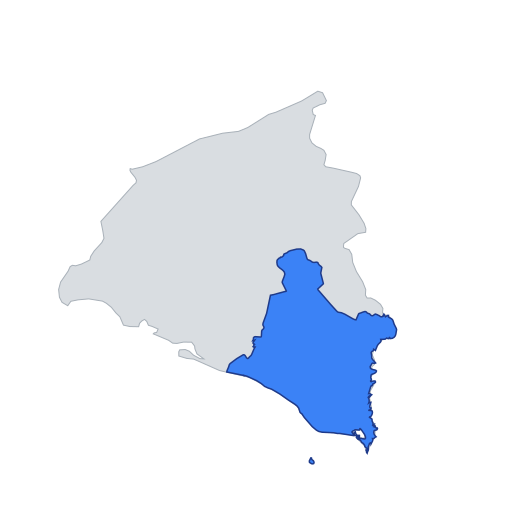 location of Atlántico Norte within Nicaragua, rotated 110°
{"feature_id": "NIC-657", "entity_name": "Atlántico Norte", "entity_type": "Autonomous Region", "adm_level": 1, "iso_a3": "NIC", "parent_name": "Nicaragua", "parent_adm1": "", "projection": "robinson", "projection_center": [-84.139, 14.031], "detail": "fine", "context": "in_parent", "style": "filled", "palette": "blue", "viewbox_px": 512, "rotation_deg": 110, "n_neighbors": 0, "source": "natural_earth", "source_scale": "10m", "svg_char_len": 7769}
<svg xmlns="http://www.w3.org/2000/svg" viewBox="0 0 512 512"><g transform="rotate(110 256 256)"><path d="M401.4,84.4L399.4,87.4L397.2,89.3L392.7,99.1L391.1,99.9L390.8,92.7L388.1,91.8L384.9,94.4L383.2,98.0L385.9,102.9L388.4,102.9L391.3,104.2L399.3,137.5L397.6,143.4L392.7,152.7L388.0,160.5L383.3,165.4L377.5,186.4L372.3,220.4L376.1,251.1L374.2,279.3L375.9,286.0L376.4,294.3L372.5,295.8L370.3,295.6L368.1,290.5L368.3,286.0L370.6,280.7L371.6,273.6L370.5,269.8L368.2,278.0L364.2,281.6L361.6,282.9L359.0,287.0L361.7,294.7L365.2,300.4L366.4,304.5L365.1,309.3L364.3,325.9L363.1,325.4L361.8,323.2L358.1,323.0L357.7,329.7L357.9,333.4L354.8,336.3L353.7,339.1L356.3,341.2L359.1,342.4L362.6,342.1L365.4,350.3L366.3,356.9L359.7,363.1L357.4,368.2L353.7,374.3L351.6,380.4L350.9,384.8L353.5,398.5L358.1,408.3L361.9,414.5L367.1,415.9L365.9,422.4L362.0,426.6L355.0,430.0L347.3,430.7L334.6,427.4L329.5,427.0L327.5,425.3L326.9,422.1L323.2,417.2L316.6,410.8L312.8,411.2L306.6,409.8L296.2,405.5L291.4,404.9L284.5,408.7L276.5,413.6L257.3,405.9L243.8,400.5L231.6,395.6L228.3,393.8L225.7,394.2L223.4,396.7L220.7,401.2L219.9,402.5L218.5,403.8L216.9,404.1L216.8,402.0L210.9,393.0L201.4,382.2L165.3,349.1L152.0,329.3L144.9,315.1L138.1,307.7L118.6,292.5L114.1,286.5L94.8,266.2L80.0,254.3L79.8,249.3L85.9,243.0L88.9,243.3L92.1,247.8L97.4,252.9L99.8,253.0L103.5,250.6L103.6,248.2L123.4,247.2L127.0,245.9L130.6,242.1L132.4,236.9L132.7,231.9L133.5,228.3L136.7,224.8L142.5,223.7L147.0,223.4L148.3,221.0L147.0,213.4L144.6,194.8L144.1,189.7L145.0,185.8L146.8,184.4L155.6,183.5L172.2,185.0L175.4,183.9L182.1,173.3L188.3,165.6L192.7,162.1L196.2,161.1L200.2,168.0L214.2,177.8L216.6,177.2L218.0,176.7L218.4,175.2L218.2,170.7L221.7,166.6L229.0,162.9L236.3,156.3L243.7,147.0L250.0,141.4L255.4,139.8L257.5,137.2L256.2,133.8L256.7,128.8L258.8,122.5L261.9,118.8L266.1,117.7L267.7,115.7L266.8,112.7L267.6,109.4L271.4,104.0L280.2,99.3L285.3,100.9L289.5,107.1L295.5,111.4L303.2,113.6L309.2,112.8L313.4,108.9L317.3,107.7L320.7,109.3L322.5,108.4L322.7,105.1L324.4,104.3L327.8,106.1L330.7,106.6L333.3,105.7L334.3,104.1L334.8,102.5L336.8,101.2L343.4,102.4L350.9,100.5L359.2,95.5L364.7,93.3L367.4,93.9L370.6,91.3L374.4,85.7L383.1,83.2L401.4,84.4Z" fill="#d9dde1" stroke="#a8b0b8" stroke-width="1"/><path d="M266.9,115.9L267.3,115.3L268.9,113.6L266.8,112.0L266.5,111.2L267.6,110.9L268.0,110.7L268.2,110.2L268.6,107.2L269.2,105.9L270.2,104.9L270.3,104.8L271.4,104.0L272.7,103.0L276.0,99.5L277.1,98.7L281.4,97.9L283.3,97.8L285.1,98.4L286.7,99.7L287.7,101.6L287.5,101.8L286.9,102.6L286.9,102.8L288.3,103.0L288.5,104.0L288.4,105.1L289.9,106.1L290.6,107.5L291.7,110.3L293.0,109.4L294.4,109.6L297.1,110.9L298.7,111.3L303.9,111.5L303.7,112.0L303.4,113.6L304.5,113.3L305.3,113.7L306.0,114.4L307.1,114.8L307.9,114.5L309.7,113.4L312.4,112.3L313.7,110.5L314.7,108.5L315.6,107.0L316.3,107.7L316.8,109.9L317.4,110.3L318.5,110.4L320.2,110.8L321.0,110.9L322.4,110.0L322.8,108.3L322.4,104.4L322.8,103.5L323.7,103.4L324.7,103.8L325.3,104.2L325.9,104.7L327.6,106.7L328.4,107.1L329.5,107.0L331.2,106.5L331.6,106.2L331.9,105.8L332.3,105.4L332.9,105.3L333.5,105.4L333.9,105.6L334.2,105.6L334.7,105.3L334.7,104.7L334.0,104.0L333.5,103.3L332.7,101.4L333.5,100.6L334.0,100.6L335.7,101.7L335.8,102.1L336.1,102.4L336.9,102.5L338.1,102.5L338.4,102.7L338.6,103.3L339.8,103.5L346.8,103.1L346.4,102.4L346.5,101.7L346.8,99.8L347.7,100.3L348.8,101.7L349.7,102.0L349.6,101.6L349.3,100.9L349.8,101.1L350.1,101.2L350.3,101.4L350.7,102.0L351.6,101.1L352.9,100.3L354.3,99.8L355.6,99.8L355.0,99.4L354.7,99.0L354.2,98.0L358.2,97.8L359.6,97.1L359.5,95.9L360.4,95.8L361.1,95.9L361.6,96.3L361.9,97.0L362.4,97.0L361.8,94.6L362.0,93.7L363.4,93.0L364.8,92.8L366.4,92.9L367.7,93.3L368.3,94.2L368.8,94.2L369.1,93.2L369.3,92.1L369.6,91.2L371.3,90.5L373.1,88.9L374.1,88.6L374.0,88.3L373.8,87.7L373.7,87.5L374.7,87.8L375.1,88.0L374.9,86.9L375.0,86.0L375.4,85.6L376.1,86.4L376.1,85.1L376.2,84.6L376.6,84.1L376.1,83.3L376.4,82.9L377.1,82.8L378.0,83.0L378.4,83.4L379.3,84.9L379.9,85.3L381.6,85.0L383.0,84.1L384.1,82.7L384.8,81.3L385.7,82.1L386.6,82.5L387.4,83.0L387.7,84.1L388.8,83.3L390.0,83.2L393.2,83.6L392.3,84.0L392.3,84.5L392.8,84.9L393.7,85.3L393.9,85.2L397.1,85.3L399.0,84.3L400.0,84.1L402.4,84.2L403.3,84.1L402.8,84.9L401.5,85.6L400.8,86.3L399.8,85.0L398.9,85.9L398.3,87.6L397.7,88.6L396.8,89.1L396.0,90.2L395.3,91.6L395.1,92.7L394.9,93.1L394.0,94.1L393.6,94.7L393.4,95.5L393.3,97.2L393.1,98.0L392.5,99.0L391.7,99.8L389.2,100.8L389.4,100.3L389.6,100.0L390.2,99.2L390.2,99.8L390.4,99.3L390.6,98.9L390.6,98.5L390.6,98.0L390.1,98.4L389.9,98.4L389.2,98.0L389.2,97.5L390.1,97.1L390.9,96.9L391.6,97.2L392.1,98.0L392.1,96.5L391.3,94.4L391.1,92.7L390.7,91.1L389.7,90.8L388.5,91.3L387.7,91.9L386.3,93.3L383.1,97.8L382.4,99.8L383.1,99.0L383.3,98.6L384.3,99.5L385.1,102.8L385.5,103.6L386.5,104.2L387.5,105.3L388.6,105.7L389.7,104.2L389.2,103.7L387.8,102.8L387.3,102.5L388.1,102.0L388.9,102.3L389.6,103.1L390.2,104.2L390.2,102.3L390.7,101.7L391.3,102.4L394.1,116.7L394.3,117.1L394.9,118.7L395.5,122.5L399.0,133.7L399.4,136.9L399.0,139.7L397.1,144.8L391.2,155.4L388.6,158.9L388.3,160.2L387.8,161.2L384.4,163.8L382.9,166.1L382.0,168.7L380.3,176.2L377.5,186.5L375.8,195.8L375.9,199.8L375.7,201.7L375.6,203.3L374.1,207.3L372.9,212.7L372.1,223.1L372.2,225.1L372.7,226.2L372.2,226.7L372.6,227.7L375.0,243.8L373.7,244.0L370.1,243.8L367.2,243.9L365.9,243.5L358.9,238.9L353.5,234.5L353.2,234.2L353.0,233.8L352.9,233.4L353.0,232.9L353.1,232.5L353.4,232.0L354.8,230.2L355.0,229.7L355.2,229.2L355.2,228.8L354.9,228.4L354.4,228.1L353.2,227.7L352.4,227.3L351.9,227.0L351.1,226.6L349.8,226.4L344.0,226.1L342.9,226.0L342.6,225.8L341.9,225.7L342.3,226.6L342.4,227.4L342.1,227.8L341.4,227.3L340.9,227.3L340.3,227.7L340.0,227.7L339.5,227.3L338.9,229.0L338.0,229.2L336.9,228.8L335.6,228.5L336.0,228.9L336.4,229.8L336.6,230.1L335.5,229.9L333.7,230.4L333.1,230.1L332.7,230.0L332.3,229.5L332.0,228.9L330.6,224.1L330.4,223.7L329.8,223.5L328.9,223.7L324.6,225.0L323.9,225.0L323.1,224.8L322.6,224.4L322.1,224.2L321.7,224.1L321.2,224.0L320.7,224.0L320.2,224.2L319.5,224.8L318.6,225.8L317.7,226.2L316.3,226.4L306.3,226.4L287.9,229.0L286.6,226.8L279.5,216.7L279.1,215.9L278.8,215.6L278.5,215.5L272.1,222.2L271.4,222.5L270.3,222.6L265.6,222.5L263.2,222.7L261.4,223.9L260.5,225.4L259.9,226.9L259.1,229.7L258.2,231.7L257.6,232.5L256.9,233.1L254.8,234.2L253.0,234.7L252.2,234.6L250.0,233.5L249.5,232.7L248.7,232.6L248.4,231.7L248.1,231.3L247.0,230.7L246.5,230.3L246.2,230.2L245.6,230.3L245.2,230.4L244.9,230.4L244.7,230.4L244.4,230.2L242.4,228.0L242.0,227.7L241.6,227.5L240.7,227.1L239.2,225.5L235.6,220.1L234.1,216.4L234.2,213.5L234.6,212.4L236.8,210.2L240.7,207.4L241.4,206.7L241.7,206.1L241.8,205.3L241.7,204.9L241.8,203.4L242.5,200.9L242.4,200.1L242.1,199.0L241.6,198.1L241.0,196.8L241.0,196.0L241.1,195.5L241.8,195.0L242.3,194.3L242.9,193.4L243.5,191.4L243.9,190.7L244.2,190.2L250.0,189.3L258.8,183.3L259.1,183.2L265.9,186.7L266.2,186.5L266.6,186.1L275.6,170.0L279.9,161.9L280.6,160.3L280.7,159.4L280.1,156.4L280.3,152.6L281.9,143.3L282.0,141.3L281.8,140.2L275.4,139.8L274.9,139.6L274.6,139.3L273.6,138.0L272.4,136.7L271.0,134.8L270.8,134.2L270.8,133.7L270.9,133.1L271.5,132.0L271.6,131.6L271.5,129.8L271.6,129.3L272.4,127.8L272.5,127.0L272.4,126.4L272.2,125.9L271.8,125.5L270.8,124.9L269.8,124.1L269.7,123.9L269.7,123.6L269.7,122.9L269.7,122.2L269.7,121.7L269.9,120.8L269.9,120.5L269.9,120.0L270.0,119.5L270.4,118.3L270.3,117.8L270.2,117.3L270.1,117.0L269.9,116.7L269.7,116.5L269.5,116.3L269.0,116.2L268.6,116.2L268.7,115.9L266.9,115.9ZM429.2,131.5L430.3,130.8L431.3,130.8L431.9,131.5L432.2,132.8L431.7,135.1L430.4,135.8L426.6,135.4L426.3,135.4L426.6,135.4L426.8,135.3L426.8,135.1L426.8,134.8L428.0,134.1L428.4,133.2L428.7,132.2L429.2,131.5Z" fill="#3b82f6" stroke="#1e3a8a" stroke-width="1.5"/></g></svg>